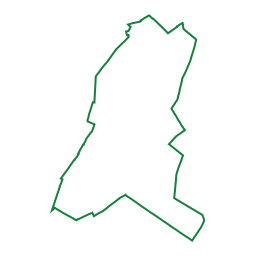 the district of Visina, Dâmbovita, Romania
{"feature_id": "2599482B19033854569240", "entity_name": "Visina", "entity_type": "district", "adm_level": 2, "iso_a3": "ROU", "parent_name": "Romania", "parent_adm1": "Dâmbovita", "projection": "orthographic", "projection_center": [25.353, 44.574], "detail": "fine", "context": "isolated", "style": "outline", "palette": "green", "viewbox_px": 256, "rotation_deg": 0, "n_neighbors": 0, "source": "geoboundaries", "source_scale": "gbopen_adm2", "svg_char_len": 4801}
<svg xmlns="http://www.w3.org/2000/svg" viewBox="0 0 256 256"><path d="M200.3,228.6L200.4,228.4L201.4,226.6L203.2,223.0L203.7,221.9L204.1,220.1L203.3,217.3L202.3,214.9L199.5,213.2L193.7,209.8L184.8,204.5L174.2,198.1L175.0,190.2L175.1,188.9L175.3,187.1L175.5,184.2L175.7,182.1L175.8,182.0L175.9,180.5L176.0,179.2L176.1,178.0L176.2,175.9L176.3,175.1L176.4,174.7L176.5,174.1L176.7,173.4L177.0,172.4L177.1,172.1L177.2,171.7L177.3,171.4L177.6,170.6L177.7,170.3L177.8,169.9L178.3,168.3L178.4,168.1L179.4,165.3L179.8,164.2L180.3,163.1L180.5,162.5L180.9,161.6L181.2,160.7L181.4,160.2L181.7,159.1L181.9,158.4L182.2,157.6L182.7,156.2L183.0,155.4L181.8,154.4L180.1,153.0L179.5,152.5L177.6,151.1L177.2,150.8L176.8,150.4L174.8,148.8L174.3,148.5L174.1,148.3L173.7,147.9L173.4,147.8L172.8,147.2L170.7,145.6L169.9,144.9L169.3,144.5L168.9,144.2L175.6,136.9L175.9,136.7L176.0,136.4L177.0,135.7L178.6,134.5L179.0,134.4L179.8,133.8L181.1,132.8L182.9,131.6L184.3,130.6L184.9,130.2L184.2,129.3L182.6,126.9L182.3,126.5L181.7,125.6L178.9,120.9L178.0,119.6L176.9,117.5L174.8,114.1L172.5,110.4L171.5,108.5L171.9,108.0L172.0,107.8L172.3,107.3L172.5,107.0L172.6,106.9L173.3,105.9L173.5,105.6L173.9,104.8L174.2,104.4L174.7,103.6L174.8,103.6L174.9,103.4L175.0,103.1L176.2,101.4L176.4,101.3L176.8,100.6L177.1,100.0L177.7,98.7L177.9,97.7L178.0,96.7L178.2,95.9L178.4,95.2L178.9,93.9L179.0,93.3L179.3,92.3L179.9,88.8L181.9,81.0L182.0,79.8L182.1,78.8L182.3,78.5L182.3,78.4L183.1,76.8L184.5,74.0L184.8,73.6L185.6,71.7L186.8,68.8L187.5,67.3L189.1,63.6L189.8,61.9L190.0,61.4L190.1,61.2L190.9,58.6L191.3,57.2L191.9,55.2L192.8,52.4L194.4,47.1L194.6,46.2L194.7,45.7L195.0,44.6L195.4,42.8L195.8,41.4L196.2,39.7L195.2,38.7L194.5,38.1L192.7,36.7L191.7,35.9L191.0,35.2L190.3,34.5L189.1,33.6L187.9,32.7L187.7,32.5L185.3,30.5L183.4,28.8L182.9,24.6L182.7,23.2L182.6,22.9L182.4,22.9L180.8,24.0L180.5,24.2L180.4,24.2L179.5,24.8L179.1,25.0L178.0,25.8L177.8,25.9L177.3,26.2L176.8,26.4L176.8,26.6L177.0,27.0L176.8,27.1L176.3,27.4L175.7,27.8L174.5,28.7L170.3,31.6L168.0,33.3L166.1,31.3L163.8,29.0L160.8,26.0L160.1,25.3L157.8,23.1L152.9,18.5L152.8,18.4L152.4,18.6L150.1,16.3L149.2,15.4L148.5,15.7L146.2,17.1L145.6,17.4L144.6,18.0L143.8,18.5L142.9,19.2L142.0,19.6L141.6,19.9L140.9,20.3L140.6,20.5L140.6,20.8L140.9,21.1L140.7,21.3L140.1,21.6L136.7,22.4L134.5,22.8L133.1,23.0L132.0,23.4L130.3,23.9L128.1,24.5L128.8,25.3L128.9,25.5L130.0,26.4L130.4,26.7L130.6,26.9L130.4,27.3L129.7,28.6L129.5,29.1L129.3,29.5L129.0,29.9L128.8,30.6L128.6,30.9L128.3,31.0L126.0,31.5L126.9,34.9L127.3,35.3L128.4,35.0L128.8,36.7L125.1,40.7L123.8,42.0L122.8,42.8L122.7,42.9L118.5,47.1L118.3,47.2L116.1,49.4L115.9,49.8L112.7,54.1L111.2,56.3L108.0,60.8L107.9,60.8L107.4,61.5L106.6,62.6L106.4,62.9L105.6,63.7L105.1,64.2L104.7,64.7L104.4,65.0L104.1,65.3L103.9,65.6L103.5,66.1L102.8,67.0L102.7,67.1L102.2,67.8L101.1,69.2L100.7,69.8L100.2,70.5L99.7,71.1L98.4,73.0L98.1,73.3L97.2,74.5L96.6,75.2L96.2,75.8L95.8,76.4L94.4,102.3L94.4,102.5L92.9,102.2L90.2,110.8L88.8,115.1L88.5,117.1L87.4,120.6L87.7,121.4L94.5,124.4L91.9,131.7L91.5,131.9L90.8,132.5L89.8,134.0L88.1,136.3L86.6,138.3L86.3,139.0L85.8,140.0L85.3,141.3L84.7,142.3L84.2,143.2L83.8,144.6L83.2,144.5L82.4,145.8L81.8,147.0L80.4,149.4L79.4,151.4L78.0,153.9L78.6,154.2L77.3,156.1L76.6,157.1L74.6,159.8L74.4,159.7L73.4,161.0L68.3,168.4L64.9,173.0L60.9,178.5L62.5,179.4L62.3,179.9L62.1,180.2L61.6,181.8L61.1,183.1L60.6,184.3L59.8,186.4L59.8,186.6L59.8,186.8L59.7,186.9L59.5,187.7L59.2,188.3L59.3,188.4L59.0,189.1L59.0,189.3L58.9,189.4L58.9,189.5L58.6,190.2L58.5,190.7L58.0,192.1L57.9,192.3L56.9,195.5L56.7,195.9L56.7,196.0L55.8,198.8L54.9,201.4L53.7,205.1L53.5,205.8L53.2,206.5L52.8,207.7L52.7,208.2L52.1,209.8L51.9,210.5L54.3,208.4L54.9,207.8L56.2,208.7L59.0,210.4L63.6,213.2L70.6,217.0L74.8,219.4L76.4,220.3L76.9,219.8L77.3,219.4L77.5,219.6L88.8,214.2L89.0,214.1L92.2,212.9L92.3,212.8L93.3,214.9L93.8,216.2L94.1,216.1L97.4,214.0L98.8,213.2L100.7,212.2L102.2,211.5L103.3,210.9L104.3,210.0L105.8,208.9L106.5,208.4L108.3,206.8L109.5,205.9L112.0,203.9L112.4,203.7L113.5,202.9L113.9,202.6L117.6,199.7L119.2,198.6L119.6,198.3L119.7,198.0L119.7,197.9L121.4,197.1L122.0,196.8L122.4,196.6L122.9,196.3L124.1,195.7L125.3,194.9L125.3,195.0L130.3,198.4L132.8,200.0L138.9,204.3L139.4,204.7L146.9,209.9L148.9,211.3L149.6,211.8L152.1,213.4L156.0,216.0L158.1,217.4L159.4,218.3L161.1,219.5L162.8,220.7L166.1,222.9L170.8,226.2L172.6,227.4L173.4,228.0L174.4,228.6L176.6,230.1L179.3,232.0L181.6,233.5L184.0,235.2L185.3,236.0L188.9,238.3L192.1,240.6L192.3,240.3L192.7,239.7L193.0,239.3L193.6,238.3L194.1,237.5L194.4,237.0L195.0,236.3L195.2,235.9L195.6,235.5L195.8,235.2L196.3,234.5L196.7,233.8L197.1,233.3L197.5,232.7L197.9,232.1L198.1,231.7L198.7,230.8L199.1,230.1L199.7,229.3L200.3,228.5L200.3,228.6Z" fill="none" stroke="#15803d" stroke-width="2"/></svg>